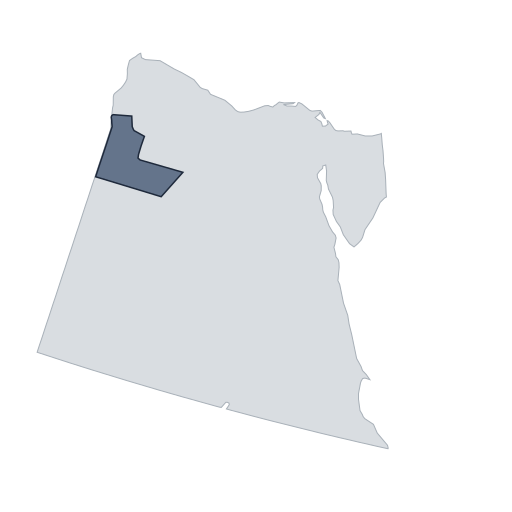 Siwa, Matruh, Egypt (highlighted), rotated 18°
{"feature_id": "37247803B75450946768070", "entity_name": "Siwa", "entity_type": "district", "adm_level": 2, "iso_a3": "EGY", "parent_name": "Egypt", "parent_adm1": "Matruh", "projection": "albers", "projection_center": [25.471, 28.699], "detail": "fine", "context": "in_parent", "style": "filled", "palette": "slate", "viewbox_px": 512, "rotation_deg": 18, "n_neighbors": 0, "source": "geoboundaries", "source_scale": "gbopen_adm2", "svg_char_len": 3560}
<svg xmlns="http://www.w3.org/2000/svg" viewBox="0 0 512 512"><g transform="rotate(18 256 256)"><path d="M441.1,398.5L431.1,399.5L421.1,400.4L411.1,401.3L401.1,402.1L391.1,403.0L381.1,403.8L371.1,404.6L361.1,405.3L351.1,406.0L341.0,406.7L331.0,407.4L321.0,408.1L311.0,408.7L300.9,409.3L290.9,409.8L280.9,410.4L275.1,410.6L276.0,407.7L276.5,405.6L275.7,404.2L273.8,404.0L272.5,404.5L269.8,410.7L268.3,411.0L264.7,411.2L253.0,411.7L241.3,412.2L229.6,412.7L217.9,413.1L206.3,413.5L194.6,413.8L182.9,414.1L171.2,414.4L159.5,414.6L147.8,414.8L136.1,415.0L124.4,415.1L112.7,415.2L101.0,415.2L89.3,415.2L77.6,415.2L77.6,407.9L77.7,400.5L77.7,393.2L77.7,385.9L77.8,378.5L77.8,371.2L77.8,363.9L77.9,356.5L77.9,349.2L77.9,341.8L77.9,334.5L78.0,327.1L78.0,319.8L78.0,312.4L78.1,305.1L78.1,297.7L78.1,290.4L78.2,283.0L78.2,275.6L78.2,268.3L78.2,260.9L78.3,253.5L78.3,246.2L78.3,238.8L78.4,231.4L78.4,224.1L78.4,216.7L78.5,209.3L78.5,202.0L78.5,194.6L78.5,187.2L78.6,179.9L78.3,178.5L76.8,173.5L75.4,167.1L73.8,159.3L73.6,156.7L71.1,148.7L70.9,146.4L71.5,144.8L75.8,138.0L77.1,134.7L78.2,130.8L78.6,127.6L77.4,122.6L75.9,118.2L75.5,113.7L75.3,109.2L77.5,106.2L80.1,103.4L81.1,101.6L82.6,99.7L83.7,98.8L85.8,102.8L90.1,103.4L104.4,99.9L120.3,103.4L129.0,104.6L142.5,107.5L150.7,112.8L153.0,113.4L158.9,113.2L162.8,116.3L178.3,117.5L186.6,120.8L191.3,123.5L194.1,124.3L196.6,124.1L199.9,122.9L204.1,120.8L208.6,117.9L217.8,110.5L221.1,109.1L223.3,109.3L226.0,109.1L227.0,107.2L228.4,105.8L229.2,104.3L230.6,102.4L235.5,101.7L245.2,98.2L244.2,99.7L235.3,103.5L239.2,103.8L243.1,102.5L247.5,101.5L248.3,100.0L248.7,97.2L249.6,96.8L252.7,97.2L262.2,100.9L264.5,100.9L270.9,98.2L272.2,97.7L274.4,98.9L279.5,103.9L277.8,103.8L272.4,99.6L272.1,101.9L269.4,106.0L273.1,107.5L276.1,108.0L277.9,110.1L279.0,112.0L281.9,111.0L283.8,108.2L282.7,106.8L281.8,105.3L282.8,105.2L284.9,106.3L291.1,111.1L293.1,112.0L295.4,111.7L300.1,110.0L301.4,110.1L307.7,107.8L308.5,109.2L309.7,110.5L314.7,108.6L322.8,108.1L329.3,106.0L336.7,101.4L337.3,100.7L337.7,101.7L338.9,104.4L341.7,111.2L344.2,116.5L347.2,123.9L348.2,126.7L348.7,128.7L353.0,136.7L355.7,143.4L357.7,148.9L360.6,156.8L361.8,159.6L360.3,161.2L357.5,166.7L355.4,183.7L351.5,197.2L351.6,205.5L351.0,208.5L349.0,212.8L346.4,217.1L341.2,215.4L332.5,208.8L327.2,202.3L321.8,198.3L316.6,192.7L315.0,188.6L314.8,186.0L312.3,179.5L310.6,176.5L304.2,169.9L302.3,166.3L300.9,164.7L299.5,162.5L296.9,153.5L294.2,147.9L291.7,149.7L292.3,152.1L290.2,155.5L289.0,159.5L290.3,162.6L295.3,167.2L296.4,169.2L297.8,173.7L298.0,180.0L298.9,182.0L302.8,186.4L304.3,189.1L305.2,191.4L306.5,193.5L310.3,197.3L316.0,204.6L321.3,209.4L325.0,211.7L326.6,214.1L327.4,220.5L327.4,223.6L330.9,229.2L332.2,232.0L335.4,234.2L337.0,236.8L338.6,241.2L341.5,254.1L344.4,257.2L353.8,273.8L361.6,284.1L365.6,292.0L371.5,301.5L383.4,322.4L390.0,328.6L392.7,332.1L397.4,334.6L402.5,338.4L397.9,338.4L396.8,338.7L395.3,339.6L394.7,342.2L394.6,344.3L396.0,355.2L397.8,360.7L402.7,370.9L406.0,373.8L407.6,375.7L409.8,377.1L419.7,379.8L426.0,386.9L439.6,395.4L441.1,397.9L441.1,398.5Z" fill="#d9dde1" stroke="#a8b0b8" stroke-width="1"/><path d="M147.5,228.9L160.6,199.0L116.1,200.5L113.5,199.3L112.9,195.7L112.7,186.8L112.9,176.7L101.2,174.4L99.7,172.9L98.3,171.2L94.6,161.3L76.5,165.7L76.0,166.2L75.5,167.0L75.4,167.3L75.4,167.9L75.4,168.7L75.5,168.9L76.1,170.1L76.8,171.5L77.3,172.9L77.8,174.2L78.3,175.3L79.2,177.4L79.2,180.2L79.2,187.4L79.2,195.4L79.1,205.3L79.0,219.2L79.0,222.7L79.0,230.2L147.5,228.9Z" fill="#64748b" stroke="#1e293b" stroke-width="1.5"/></g></svg>